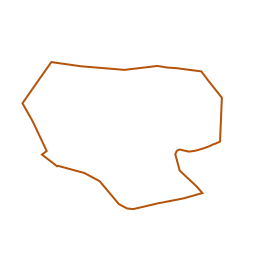 outline of Grande Riviere/En Leur Morne/Discompere, Dennery, Saint Lucia, rotated 168°
{"feature_id": "8701671B4251285469436", "entity_name": "Grande Riviere/En Leur Morne/Discompere", "entity_type": "district", "adm_level": 2, "iso_a3": "LCA", "parent_name": "Saint Lucia", "parent_adm1": "Dennery", "projection": "orthographic", "projection_center": [-60.935, 13.932], "detail": "fine", "context": "isolated", "style": "outline", "palette": "amber", "viewbox_px": 256, "rotation_deg": 168, "n_neighbors": 0, "source": "geoboundaries", "source_scale": "gbopen_adm2", "svg_char_len": 1078}
<svg xmlns="http://www.w3.org/2000/svg" viewBox="0 0 256 256"><g transform="rotate(168 128 128)"><path d="M189.3,208.4L208.5,190.6L211.7,187.6L226.1,174.1L219.9,154.6L212.3,122.4L217.7,119.9L205.3,105.3L204.1,105.4L180.1,93.1L166.8,81.9L152.7,55.4L145.6,49.5L139.8,47.6L133.3,47.7L114.8,48.1L94.6,47.7L88.2,47.6L79.6,48.2L68.8,48.9L72.6,55.9L86.3,75.6L87.2,92.5L86.0,94.2L85.5,95.0L84.7,95.5L83.9,95.9L83.1,96.1L82.1,96.1L81.2,95.9L80.3,95.5L79.7,95.2L78.9,94.7L78.1,94.4L77.2,94.0L76.3,93.6L75.5,93.2L74.7,92.9L73.9,92.4L73.0,92.3L72.1,92.1L70.8,92.0L70.1,92.0L69.4,91.9L68.1,91.8L67.4,91.8L66.6,91.8L65.4,91.8L64.7,91.9L63.9,91.9L62.7,92.1L61.6,92.1L60.5,92.2L59.6,92.3L59.0,92.3L57.9,92.5L57.2,92.5L56.1,92.7L55.1,92.9L54.0,93.0L52.9,93.2L52.0,93.3L51.3,93.5L50.2,93.7L49.3,94.0L48.7,94.1L48.0,94.3L47.0,94.4L46.0,94.5L45.1,94.7L44.1,94.9L43.0,95.1L41.9,95.3L40.8,95.6L29.9,138.1L35.4,149.2L39.5,157.4L44.5,168.1L50.4,170.2L68.6,176.6L76.5,178.8L86.5,182.6L96.4,183.5L119.4,185.6L161.0,198.1L162.1,198.5L189.3,208.4Z" fill="none" stroke="#b45309" stroke-width="2"/></g></svg>